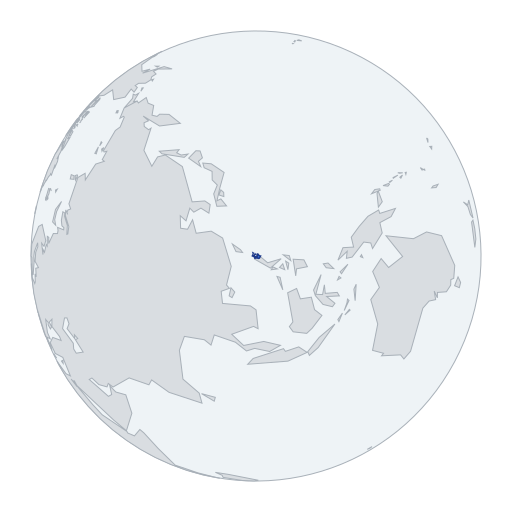 Cagayan highlighted on a globe, orthographic projection, rotated 298°
{"feature_id": "PHL-2545", "entity_name": "Cagayan", "entity_type": "Province", "adm_level": 1, "iso_a3": "PHL", "parent_name": "Philippines", "parent_adm1": "", "projection": "orthographic", "projection_center": [121.637, 18.548], "detail": "fine", "context": "on_globe", "style": "filled", "palette": "blue", "viewbox_px": 512, "rotation_deg": 298, "n_neighbors": 0, "source": "natural_earth", "source_scale": "10m", "svg_char_len": 11542}
<svg xmlns="http://www.w3.org/2000/svg" viewBox="0 0 512 512"><g transform="rotate(298 256 256)"><circle cx="256" cy="256" r="225" fill="#eef3f6" stroke="#a8b0b8"/><path d="M440.3,351.2L440.1,352.6L439.8,352.9L440.3,351.2ZM388.7,74.0L388.4,73.7L388.9,74.2L371.3,65.3L365.6,68.6L371.3,74.8L364.2,70.0L380.1,86.0L381.8,94.1L375.2,82.0L371.0,78.7L369.8,82.3L365.3,79.8L362.1,80.4L356.7,77.3L353.3,71.2L349.7,69.3L349.1,72.1L343.4,71.4L344.8,67.4L334.8,65.8L327.3,56.9L335.4,51.4L326.6,46.4L322.9,41.3L318.6,40.2L314.5,38.6L308.1,36.9L309.3,37.1L303.2,35.8L303.3,36.0L300.7,35.6L297.0,34.9L297.8,34.7L299.8,35.1L298.0,34.7L300.0,35.1L296.9,34.5L297.3,34.5L313.6,38.2L329.6,43.1L345.2,49.1L360.3,56.3L374.8,64.6L388.7,74.0ZM293.0,33.8L291.4,33.5L290.4,33.4L293.0,33.8ZM467.4,195.4L465.5,190.8L467.0,192.3L467.4,195.4ZM464.1,189.0L464.8,190.3L464.2,189.4L464.1,189.0ZM463.5,189.0L464.0,189.0L463.6,189.5L463.5,189.0ZM462.8,189.7L463.1,189.1L463.2,189.4L462.8,189.7ZM461.1,189.2L460.6,188.9L460.7,187.9L461.1,189.2ZM392.7,77.0L389.9,75.1L388.9,74.1L389.7,74.7L392.7,77.0ZM384.3,72.5L382.5,70.9L388.0,74.3L387.3,74.1L384.3,72.5ZM376.4,80.2L376.5,78.2L378.0,81.1L376.4,80.2ZM362.6,81.1L364.0,82.5L361.8,82.3L362.6,81.1ZM351.5,77.5L347.4,77.0L350.9,76.4L351.5,77.5ZM344.6,76.0L334.7,75.4L337.1,78.4L324.8,70.1L337.3,73.0L341.3,71.6L341.4,73.9L344.6,76.0ZM305.0,36.4L304.7,36.1L308.5,37.2L305.0,36.4ZM308.1,37.3L323.5,42.2L322.2,42.7L317.3,40.7L318.4,42.4L310.1,40.2L307.7,38.7L310.2,38.7L305.2,38.0L308.1,37.3ZM319.6,66.0L316.8,65.2L319.1,65.0L319.6,66.0ZM300.0,35.6L303.2,36.3L302.3,36.8L295.7,35.4L298.1,35.6L300.0,35.6ZM322.7,44.2L320.8,44.5L313.6,42.7L312.0,42.7L309.8,40.2L322.7,44.2ZM296.4,35.2L292.3,34.7L289.3,34.0L296.8,34.9L296.4,35.2ZM304.8,37.5L304.1,37.8L302.3,37.1L304.8,37.5ZM276.4,31.8L280.3,32.2L280.2,32.4L276.4,31.8ZM291.0,34.7L292.1,34.9L292.4,35.2L289.2,34.8L291.0,34.7ZM304.9,39.3L302.3,38.6L305.4,40.2L300.2,39.2L299.7,37.9L297.7,38.1L296.1,37.8L297.5,37.1L304.9,39.3ZM287.1,35.3L284.7,33.8L277.5,32.7L277.4,32.4L289.0,34.3L287.1,35.3ZM293.1,36.3L289.4,35.5L291.2,35.4L294.9,35.8L293.1,36.3ZM296.8,39.2L305.0,41.0L304.8,41.3L296.8,39.2ZM284.6,34.9L285.3,35.3L283.9,34.9L284.6,34.9ZM292.7,37.8L295.6,38.3L295.3,38.6L292.7,37.8ZM284.1,35.9L283.3,35.3L285.8,35.5L284.1,35.9ZM287.7,36.8L286.7,37.1L287.2,35.9L289.1,36.9L287.7,36.8ZM291.9,38.0L292.7,38.4L290.7,37.8L291.9,38.0ZM275.2,35.9L275.2,34.3L280.7,34.6L279.9,36.0L275.2,35.9ZM67.3,133.0L69.7,129.6L62.9,143.5L63.0,148.4L75.8,133.0L75.7,124.5L82.9,115.0L88.7,114.8L89.9,123.6L92.7,120.3L98.0,108.8L104.4,105.5L100.5,104.5L97.6,108.8L95.1,108.7L97.6,104.8L99.8,103.6L101.2,100.1L90.5,107.8L86.3,113.1L86.2,109.4L79.2,118.0L77.0,120.1L88.0,106.4L91.6,102.7L106.9,87.2L103.2,90.4L118.6,77.4L135.2,65.9L133.2,67.3L143.5,61.4L143.8,61.7L137.6,64.8L132.2,68.3L127.8,73.6L129.5,73.3L136.5,69.3L134.4,71.7L141.8,67.3L143.6,69.4L147.6,63.4L156.0,59.7L161.8,59.0L165.2,57.0L155.8,58.3L151.4,60.0L146.5,62.9L135.1,67.9L134.7,67.2L149.4,58.8L150.4,57.4L161.4,52.4L180.1,50.2L183.5,52.4L170.8,63.2L165.0,64.3L166.7,60.7L157.2,67.2L161.7,65.1L160.0,67.5L167.6,65.4L166.7,67.0L175.4,62.5L175.2,64.3L169.7,67.1L180.7,66.5L182.6,70.2L185.5,69.3L188.1,67.4L188.8,73.9L190.9,73.0L191.5,70.5L196.1,67.4L204.4,64.7L204.2,67.0L201.2,68.3L194.4,75.1L186.3,78.8L187.1,79.5L194.1,76.9L202.3,68.6L207.4,66.4L204.3,70.2L205.8,68.6L208.3,68.3L210.5,70.3L214.3,66.3L241.7,61.9L248.8,66.3L243.0,69.6L261.9,71.3L268.4,77.6L268.9,75.0L278.4,75.1L276.5,73.0L277.4,71.9L300.8,72.9L306.1,75.5L316.8,74.5L317.1,73.4L313.7,71.2L324.8,70.1L337.1,78.4L335.9,80.3L344.4,84.7L340.3,89.0L340.9,95.0L331.5,98.1L332.8,103.1L336.0,104.4L340.2,112.7L337.6,126.9L325.5,109.8L326.6,90.7L324.9,97.6L321.1,94.6L317.9,96.5L317.1,101.9L319.6,103.3L296.7,107.4L286.3,121.9L297.3,122.6L302.6,128.5L300.4,149.0L273.8,174.2L280.6,185.0L279.9,191.4L271.7,194.3L272.4,184.9L265.5,180.5L267.2,175.1L254.2,177.7L256.0,170.2L245.1,176.4L247.5,183.0L258.2,183.0L248.0,192.5L256.9,204.8L256.2,218.1L235.2,239.0L216.5,243.6L215.0,247.7L208.5,241.8L198.4,248.7L209.3,274.5L208.5,281.3L192.8,292.0L192.7,286.9L175.5,271.3L171.2,287.1L184.2,303.0L188.6,319.5L178.1,312.9L173.8,298.2L167.7,292.2L170.2,278.3L166.7,256.2L156.2,258.1L157.8,249.7L151.4,230.5L136.8,232.6L113.0,249.3L108.3,270.2L100.7,277.4L94.8,243.2L97.6,222.0L92.0,221.9L88.8,201.2L73.2,191.3L74.1,185.4L70.5,185.9L68.7,177.7L71.2,168.4L68.7,166.7L62.8,191.6L65.9,193.6L72.7,187.9L70.1,196.1L72.3,206.2L58.9,220.2L40.9,223.6L44.3,207.5L57.5,158.8L60.0,154.9L60.3,154.4L60.7,153.4L56.6,159.4L60.6,150.5L48.0,182.0L43.6,194.7L40.5,224.3L39.5,226.0L40.1,233.1L48.3,234.9L47.2,240.0L40.1,260.1L33.4,282.8L37.3,306.7L41.9,325.4L42.7,328.4L37.8,312.1L34.2,295.5L31.9,278.7L30.8,261.7L31.0,244.8L32.5,227.9L35.2,211.1L39.2,194.6L44.5,178.5L50.9,162.8L58.5,147.6L67.3,133.0ZM102.7,90.9L88.4,105.8L90.2,103.6L85.8,108.4L88.7,105.1L90.4,103.3L91.2,102.5L102.7,90.9ZM85.8,142.9L90.0,148.5L97.3,135.9L99.5,137.3L101.2,132.7L97.8,135.0L103.2,123.3L108.4,122.7L112.6,118.1L111.4,116.0L101.1,119.3L93.2,135.6L88.3,138.7L85.8,142.9ZM197.2,38.5L193.7,39.6L189.3,40.8L189.6,40.7L197.2,38.5ZM283.7,32.4L294.1,34.0L292.3,34.0L288.0,33.6L285.0,33.2L287.1,33.2L281.6,32.6L282.4,32.4L278.3,32.0L272.9,31.4L283.7,32.4ZM251.5,30.8L252.9,30.7L251.7,30.8L256.2,31.3L265.6,31.7L267.4,32.2L263.2,32.1L268.0,32.7L261.3,33.0L262.5,33.5L257.0,34.6L248.2,34.6L250.2,35.2L246.1,36.4L238.6,36.9L242.4,35.7L231.4,37.4L232.2,36.0L230.9,36.3L228.5,35.6L223.5,35.5L224.9,34.9L222.3,35.2L220.7,35.0L217.6,35.3L219.1,34.5L215.4,34.9L218.2,34.4L211.5,35.4L217.1,34.4L215.6,34.5L211.0,35.4L215.7,34.4L233.5,31.8L251.5,30.8ZM273.4,36.1L262.6,35.7L257.8,35.0L269.3,33.5L269.1,33.1L276.3,32.8L283.2,34.0L280.5,33.9L279.5,34.1L277.8,33.6L278.4,34.2L274.7,34.3L274.2,34.8L270.9,34.5L273.4,36.1ZM137.5,65.1L137.4,65.5L135.7,66.6L133.6,67.7L137.5,65.1ZM206.2,44.0L209.2,42.8L210.2,42.9L218.3,41.2L218.3,42.5L213.5,44.0L206.2,44.0ZM73.2,134.4L70.6,136.2L71.7,133.8L72.4,133.7L73.2,134.4ZM74.8,123.3L72.3,127.9L73.9,124.4L74.8,123.3ZM207.7,45.1L211.0,44.2L208.9,45.4L207.7,45.1ZM218.8,43.4L217.2,44.7L219.3,42.5L218.8,43.4ZM137.5,445.0L142.2,447.9L140.0,447.0L137.5,445.0ZM50.3,334.4L59.1,363.4L56.6,360.2L51.5,349.6L45.1,330.9L46.5,329.0L45.9,321.7L50.3,334.4ZM245.7,362.1L252.7,363.5L252.4,364.5L245.7,362.1ZM238.3,358.1L246.2,359.1L237.0,360.0L238.3,358.1ZM249.3,359.5L257.4,358.3L260.9,357.0L260.4,359.0L249.3,359.5ZM233.0,357.6L204.4,353.9L193.3,349.8L195.8,346.6L213.8,350.0L233.0,357.6ZM194.9,346.4L178.2,333.6L156.5,299.5L164.2,301.6L187.1,323.8L185.6,326.7L195.8,336.4L194.9,346.4ZM236.1,332.9L234.5,342.1L218.6,339.5L211.5,337.1L206.5,324.4L209.3,318.6L215.1,319.5L238.4,301.2L246.4,307.1L239.0,315.3L245.6,324.2L236.1,332.9ZM108.9,272.5L112.1,286.4L108.2,287.3L108.9,272.5ZM248.5,287.3L238.7,295.6L247.8,284.1L248.5,287.3ZM254.3,276.1L254.6,280.9L251.0,275.9L254.3,276.1ZM214.2,254.2L208.0,254.4L208.2,251.0L216.2,248.8L214.2,254.2ZM255.5,229.5L254.3,239.3L252.8,242.5L250.5,236.3L255.5,229.5ZM212.9,58.7L201.6,59.1L193.6,61.2L189.1,64.7L190.6,60.4L203.0,57.1L212.9,58.7ZM238.2,61.0L242.1,58.6L243.7,60.0L243.0,60.8L238.2,61.0ZM238.2,59.3L236.8,55.8L241.1,54.7L241.4,57.6L238.2,59.3ZM221.8,49.2L218.4,49.1L220.1,48.0L221.8,49.2ZM387.2,430.4L389.5,430.7L383.0,436.2L374.3,442.1L366.3,445.2L387.2,430.4ZM323.5,450.4L323.0,445.3L332.4,444.2L328.7,449.1L323.5,450.4ZM393.3,425.8L399.1,419.9L401.1,413.7L400.6,418.9L405.3,417.6L391.4,429.8L393.3,425.8ZM288.3,427.8L244.4,437.2L234.5,434.9L236.6,430.1L226.8,413.7L230.0,414.3L227.4,403.2L253.1,395.4L271.4,377.8L286.2,379.7L297.1,366.3L312.5,367.7L308.1,378.5L324.4,385.7L334.9,361.3L345.2,386.9L357.3,395.3L361.1,410.3L341.0,435.9L329.1,441.1L326.6,439.1L321.7,441.6L313.8,440.9L309.0,433.3L304.2,435.8L308.7,429.8L301.8,435.1L297.5,430.0L288.3,427.8ZM398.6,379.1L401.0,379.5L404.8,383.1L401.0,382.9L398.6,379.1ZM434.3,358.0L435.4,359.7L432.9,360.9L434.3,358.0ZM439.8,352.9L436.9,354.6L440.3,351.2L439.8,352.9ZM410.8,362.7L411.9,364.1L411.0,364.8L410.8,362.7ZM409.8,362.3L411.2,359.6L411.0,362.2L409.8,362.3ZM398.4,350.0L399.8,348.5L400.5,349.4L398.4,350.0ZM263.1,364.5L272.7,358.0L278.1,357.7L263.1,364.5ZM396.3,347.3L392.7,347.4L393.1,346.0L396.3,347.3ZM396.5,344.0L396.1,342.1L398.4,346.5L396.5,344.0ZM389.6,340.2L394.0,343.3L389.1,340.7L389.6,340.2ZM387.0,340.9L383.8,339.6L384.1,338.9L387.0,340.9ZM351.7,345.3L363.5,356.8L354.2,356.8L343.6,349.7L335.6,356.6L317.3,355.4L321.4,351.2L318.9,344.6L300.2,341.4L296.4,336.9L303.0,334.3L290.8,330.3L304.2,328.9L309.7,338.0L317.3,331.3L330.6,333.2L343.6,336.2L354.2,342.7L351.7,345.3ZM304.4,348.4L306.7,348.5L304.7,351.1L304.4,348.4ZM377.8,335.1L382.4,339.1L381.9,340.2L379.6,339.7L377.8,335.1ZM356.6,341.1L368.0,333.5L370.7,333.5L363.2,342.0L356.6,341.1ZM365.2,328.8L370.5,329.7L373.4,333.7L372.3,334.8L365.2,328.8ZM277.0,338.9L276.5,341.3L273.1,339.2L277.0,338.9ZM281.5,337.7L291.9,341.0L280.5,339.8L281.5,337.7ZM250.3,326.8L253.2,332.9L262.7,329.9L255.5,334.7L262.0,344.8L259.9,348.3L253.4,337.4L251.3,347.9L247.1,347.3L244.7,337.9L248.9,327.0L253.0,322.8L270.2,322.2L250.3,326.8ZM281.4,330.6L278.6,323.5L280.7,319.1L283.6,322.9L281.4,330.6ZM270.7,306.4L263.7,297.8L257.1,300.4L270.6,290.3L275.1,300.1L270.7,306.4ZM265.1,288.3L258.9,290.6L265.4,284.6L265.1,288.3ZM257.4,287.8L256.9,282.1L261.7,283.3L257.4,287.8ZM268.2,288.9L269.8,279.5L272.0,285.2L268.2,288.9ZM255.5,269.5L265.4,279.5L252.1,274.4L252.6,256.2L258.3,256.3L255.5,269.5ZM293.4,199.7L292.5,194.6L297.9,193.9L297.0,197.6L293.4,199.7ZM314.8,188.6L299.1,192.1L286.4,195.6L289.9,198.2L286.4,206.5L281.5,198.1L291.0,189.5L300.5,188.5L302.6,181.6L310.1,177.5L309.6,168.8L313.1,165.4L316.4,173.2L314.8,188.6ZM309.0,165.2L310.8,150.6L320.7,153.5L322.5,157.3L317.5,162.6L312.6,160.7L309.0,165.2ZM314.1,148.1L309.4,146.3L302.1,125.0L303.1,121.4L313.8,138.2L309.9,137.5L310.0,142.5L314.1,148.1ZM317.3,66.6L316.8,65.4L319.0,66.6L317.3,66.6ZM276.2,70.8L277.9,69.5L280.3,70.7L276.2,70.8ZM283.9,66.7L279.9,66.2L284.2,65.7L283.9,66.7ZM271.0,65.5L278.4,65.6L271.2,67.0L271.0,65.5Z" fill="#d9dde1" stroke="#a8b0b8" stroke-width="1"/><path d="M253.6,255.8L253.7,255.7L253.8,255.7L254.0,255.6L254.3,255.7L254.3,255.8L254.5,255.9L254.6,256.0L255.0,256.2L255.2,256.3L255.5,256.5L255.8,256.6L256.0,256.8L256.0,256.7L256.1,256.8L256.8,257.0L257.0,257.1L257.3,257.0L257.5,256.9L257.6,256.7L257.8,256.6L257.8,256.4L257.9,256.2L258.1,256.1L258.3,256.2L258.3,256.3L258.3,256.5L258.5,256.6L258.6,256.8L258.5,257.0L258.4,257.3L258.3,257.5L258.2,257.6L258.0,257.8L258.0,258.0L257.9,258.9L257.9,259.0L257.9,259.3L257.9,259.6L258.0,259.7L258.1,260.0L256.9,260.0L256.7,260.0L256.2,260.0L255.9,260.0L255.9,259.9L255.7,259.9L255.6,259.7L255.3,259.4L255.2,259.3L255.2,259.2L255.1,258.9L254.9,258.9L254.9,258.7L255.0,258.6L255.0,258.4L255.3,257.8L255.4,257.6L255.4,257.4L255.4,257.2L254.7,256.5L254.5,256.4L254.1,256.3L254.0,256.2L253.9,256.1L253.7,256.2L253.7,256.3L253.5,256.0L253.6,255.8L253.6,255.8ZM255.6,253.0L255.4,253.2L255.2,253.1L255.1,252.9L254.9,252.8L254.9,252.7L255.0,252.7L255.3,252.7L255.5,252.7L255.6,252.9L255.6,253.0ZM257.2,254.3L257.3,254.3L257.2,254.5L256.9,254.8L256.7,254.9L256.8,254.8L256.8,254.7L256.9,254.4L256.9,254.2L257.0,254.2L257.2,254.3L257.2,254.3ZM255.1,254.6L255.3,254.6L255.2,254.8L254.8,254.8L254.7,254.8L254.7,254.7L254.9,254.6L255.1,254.6ZM254.4,253.5L254.5,253.6L254.5,253.8L254.6,254.0L254.4,254.0L254.3,253.9L254.4,253.6L254.4,253.5ZM257.3,252.0L257.3,252.3L257.2,252.3L257.1,252.2L257.3,252.0Z" fill="#3b82f6" stroke="#1e3a8a" stroke-width="1.5"/></g></svg>